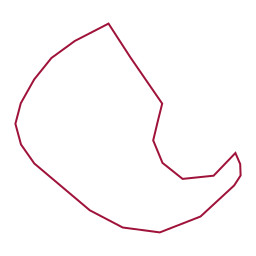 São Filipe, Albers equal-area conic projection
{"feature_id": "CPV-5042", "entity_name": "São Filipe", "entity_type": "state/province", "adm_level": 1, "iso_a3": "CPV", "parent_name": "Cabo Verde", "parent_adm1": "", "projection": "albers", "projection_center": [-24.4, 14.921], "detail": "fine", "context": "isolated", "style": "outline", "palette": "rose", "viewbox_px": 256, "rotation_deg": 0, "n_neighbors": 0, "source": "natural_earth", "source_scale": "10m", "svg_char_len": 402}
<svg xmlns="http://www.w3.org/2000/svg" viewBox="0 0 256 256"><path d="M235.4,153.0L240.2,164.1L240.6,175.5L234.2,185.4L200.5,216.5L159.8,232.4L122.7,227.5L89.8,210.3L34.3,163.5L21.0,144.5L15.4,123.8L20.8,103.2L34.2,79.4L51.4,58.0L74.9,40.9L108.5,23.6L130.6,57.7L162.2,103.6L157.8,121.2L153.2,140.4L162.5,162.9L182.6,178.9L213.6,175.7L235.4,153.0Z" fill="none" stroke="#9f1239" stroke-width="2"/></svg>